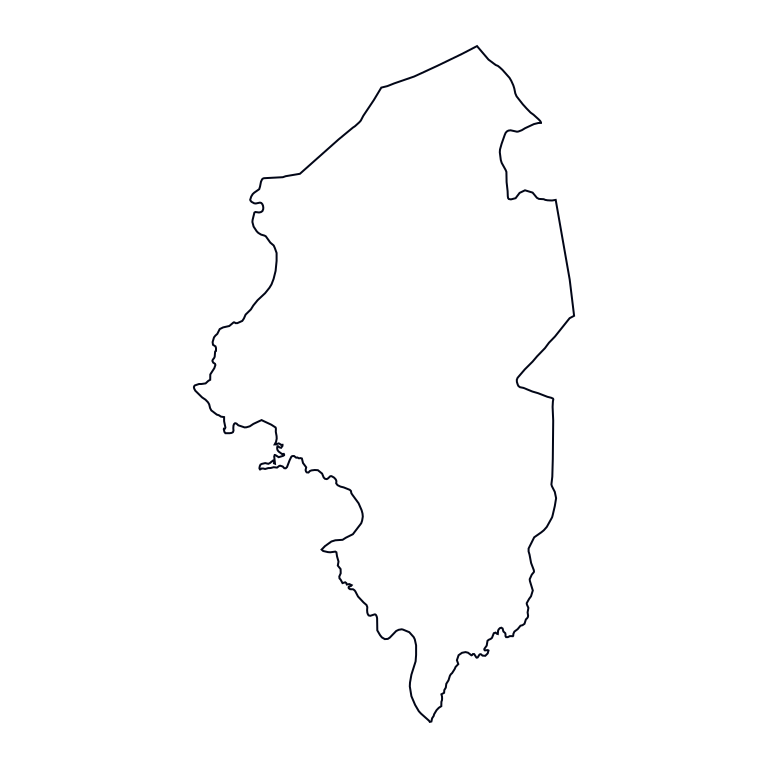 the district of Namasigue, Choluteca, Honduras
{"feature_id": "27666195B26128912402199", "entity_name": "Namasigue", "entity_type": "district", "adm_level": 2, "iso_a3": "HND", "parent_name": "Honduras", "parent_adm1": "Choluteca", "projection": "natural_earth1", "projection_center": [-87.151, 13.15], "detail": "fine", "context": "isolated", "style": "outline", "palette": "ink", "viewbox_px": 768, "rotation_deg": 0, "n_neighbors": 0, "source": "geoboundaries", "source_scale": "gbopen_adm2", "svg_char_len": 6109}
<svg xmlns="http://www.w3.org/2000/svg" viewBox="0 0 768 768"><path d="M429.8,721.9L431.4,721.5L432.1,718.3L433.7,715.9L434.1,714.3L436.6,710.1L438.8,707.8L441.3,706.2L441.4,701.8L442.0,700.1L442.1,698.4L442.0,696.4L441.4,694.3L444.1,692.8L444.3,690.1L445.8,687.6L446.3,683.8L448.5,680.3L449.9,675.8L450.8,674.3L452.1,673.1L454.7,669.0L455.6,666.9L458.3,664.1L456.9,660.2L458.6,655.2L462.0,652.8L465.5,652.1L468.0,652.7L471.4,655.3L472.0,655.1L473.0,654.0L474.2,654.1L476.3,657.4L476.8,657.7L477.7,657.4L479.4,654.7L480.2,654.2L481.0,654.3L482.5,655.6L485.3,655.8L487.7,653.4L488.5,650.5L487.8,650.1L484.9,650.4L484.3,649.7L484.4,648.8L486.7,645.6L487.5,640.8L488.7,639.8L490.7,638.9L492.0,637.8L493.8,633.2L495.6,632.6L496.8,633.7L497.8,634.0L498.1,630.7L498.6,629.5L499.8,628.2L501.3,627.7L502.6,628.5L503.4,631.5L505.2,633.1L505.5,634.2L505.5,636.1L506.1,637.1L507.9,637.1L509.9,636.1L512.9,636.2L513.2,635.8L513.4,633.8L514.4,631.6L517.7,629.1L520.5,625.7L522.5,625.2L524.5,623.8L525.9,619.4L527.1,618.3L527.9,617.0L528.1,615.7L527.6,612.4L528.4,607.9L526.9,604.5L526.7,603.2L529.1,598.9L531.0,596.3L532.8,590.5L529.9,581.0L529.7,579.2L531.8,574.6L533.8,572.2L534.0,571.5L533.8,570.1L531.1,563.0L529.5,554.5L528.6,551.5L528.6,548.5L534.2,537.3L541.2,532.4L543.8,530.3L546.8,526.9L549.4,522.2L552.1,517.3L552.7,515.1L554.8,506.1L556.1,498.2L554.8,491.9L551.9,486.2L551.4,484.4L552.3,476.7L552.8,459.0L553.2,420.6L552.6,406.9L552.9,401.5L553.3,399.3L553.0,398.6L551.3,397.8L547.4,396.8L538.1,393.2L532.3,391.5L523.5,387.9L520.0,387.2L518.5,386.1L517.8,384.8L516.9,382.0L516.8,379.8L517.6,377.8L524.8,369.4L532.6,361.6L537.1,356.3L545.0,348.1L549.0,342.7L555.0,336.5L569.6,318.2L574.1,315.8L569.7,279.6L555.7,199.9L552.0,200.5L547.7,200.3L545.3,199.9L543.7,199.2L538.9,198.9L536.9,197.8L532.6,192.6L525.0,190.3L519.6,192.9L515.6,198.2L510.9,199.4L508.8,199.0L508.1,198.1L507.8,196.3L507.6,191.1L506.6,182.1L506.4,171.9L505.7,170.1L501.7,162.9L500.8,160.0L499.8,152.3L500.0,149.5L501.6,143.8L504.7,135.0L505.6,132.9L506.8,131.5L508.4,130.6L510.6,130.3L517.0,131.7L518.4,131.5L521.8,130.2L525.1,128.2L533.9,124.1L538.3,123.0L541.0,122.9L541.0,122.4L540.2,121.0L538.8,119.5L533.5,114.7L530.6,112.6L526.5,108.4L522.8,104.3L516.6,96.4L515.3,93.4L514.3,88.5L513.3,85.3L511.2,80.7L509.5,77.8L502.4,69.8L499.9,67.5L497.9,65.9L495.7,65.0L488.5,59.6L477.0,46.1L462.0,53.9L437.4,65.8L414.2,76.5L394.2,83.4L387.4,86.1L381.3,87.6L373.8,100.1L363.3,115.8L360.8,120.6L359.3,122.3L355.0,126.2L352.9,127.6L338.5,139.5L299.9,173.8L285.7,176.2L282.8,177.2L264.0,178.2L262.9,178.6L262.1,179.3L261.0,181.7L260.0,186.7L259.2,189.2L254.2,192.7L252.7,194.1L251.2,196.6L250.2,199.8L250.5,200.6L251.5,201.8L254.2,203.3L255.8,203.5L260.0,202.6L261.3,203.0L262.3,204.1L263.0,205.7L263.3,207.6L263.2,209.2L262.4,211.1L260.9,212.1L259.0,212.5L255.4,212.0L254.4,212.6L252.6,219.9L252.4,222.0L253.6,226.6L256.7,231.3L258.3,232.9L261.1,234.6L264.5,235.6L265.8,236.3L270.3,242.6L273.7,245.5L274.9,248.2L276.6,253.0L276.6,260.9L275.6,270.9L273.6,278.9L271.5,284.4L269.5,287.7L265.1,293.2L257.6,300.2L253.3,305.5L250.9,309.4L245.6,314.6L243.9,318.5L242.3,320.9L237.4,323.1L235.5,323.1L234.5,322.4L233.6,322.4L229.3,326.0L223.1,327.4L219.7,329.1L217.3,333.9L215.4,335.6L214.0,337.4L212.6,342.1L213.0,344.8L215.5,346.4L216.0,348.0L216.0,350.9L215.4,351.2L215.1,351.8L214.7,356.7L214.2,357.9L212.8,359.7L212.4,360.9L213.2,362.6L215.0,363.8L215.4,365.0L214.3,368.2L210.3,374.4L210.2,379.8L208.4,380.8L205.6,383.4L201.4,384.0L199.0,384.0L194.9,385.4L194.2,386.2L193.9,387.1L194.2,388.6L195.3,390.7L202.1,397.4L205.5,399.7L208.0,402.3L209.2,404.4L210.1,408.1L211.3,410.4L216.8,414.6L219.0,415.3L220.9,416.6L224.1,417.1L224.1,421.2L225.4,427.5L225.0,428.6L224.5,429.0L223.9,428.8L223.8,429.2L224.4,431.9L225.4,433.2L229.7,433.2L231.6,432.9L232.9,432.2L233.5,430.7L233.3,428.1L233.5,425.5L234.1,424.0L235.1,423.2L236.5,423.6L238.3,425.3L244.6,427.4L246.3,427.3L249.8,426.3L253.4,423.9L261.5,420.1L271.3,424.7L275.6,427.5L275.9,428.7L275.8,431.8L276.6,436.2L276.7,438.7L276.0,442.0L274.7,444.4L275.8,444.4L278.6,443.4L279.5,443.7L280.9,444.8L282.5,444.8L282.5,445.9L281.1,447.8L279.5,447.4L278.0,446.2L277.5,446.2L277.2,447.3L277.2,448.9L277.6,450.2L278.6,451.5L282.0,454.0L283.8,453.9L284.1,454.4L284.1,455.2L283.2,455.8L278.7,457.2L275.4,455.1L274.7,455.0L274.2,456.5L275.0,463.7L274.0,463.3L274.3,461.7L273.6,461.4L273.0,460.6L269.8,463.1L268.3,463.8L265.2,463.1L261.8,463.9L260.5,464.6L259.8,466.1L259.4,468.2L259.9,469.4L260.4,469.4L261.6,468.5L263.3,468.5L265.1,469.0L268.2,468.1L270.7,468.0L273.7,467.2L277.0,467.6L279.3,465.9L280.1,465.7L282.7,466.5L284.3,468.2L285.7,468.3L287.0,467.1L289.6,460.3L291.3,456.8L292.2,456.1L294.0,456.0L296.2,457.7L297.4,457.5L298.9,458.3L300.6,458.1L301.9,458.5L303.0,463.0L306.2,467.3L305.6,470.0L306.0,471.5L306.8,472.4L308.5,472.5L309.9,471.0L311.5,470.4L314.8,470.0L317.9,470.2L322.1,473.6L323.7,477.5L325.0,478.8L326.8,479.1L327.9,478.5L330.2,476.3L331.1,476.1L332.2,476.5L334.2,477.7L335.8,479.5L336.4,481.1L336.2,483.4L337.6,485.2L340.5,486.6L343.7,487.4L349.7,489.8L350.9,490.9L351.4,493.3L352.4,494.8L358.6,503.3L361.6,510.2L362.5,513.5L362.8,516.6L362.1,520.7L361.2,523.3L352.9,534.2L345.9,537.7L342.6,539.8L335.3,540.3L331.4,541.5L325.0,546.1L321.6,549.6L323.2,551.0L327.9,552.1L330.3,552.3L335.3,551.6L336.4,552.3L337.0,556.2L338.5,561.6L337.8,565.6L340.6,569.1L340.7,573.3L339.3,576.5L339.5,578.4L340.6,579.6L342.5,583.1L345.2,582.3L346.3,583.1L346.8,584.5L349.4,584.1L351.7,585.2L351.1,585.9L348.8,586.8L348.6,587.4L348.8,588.3L350.1,589.2L353.1,589.3L354.4,590.2L355.3,591.3L358.0,596.5L363.5,602.4L366.5,605.0L367.3,607.1L367.1,610.2L367.3,612.6L367.8,614.1L368.6,615.4L370.3,615.8L374.6,614.4L375.4,614.5L376.1,615.2L376.8,616.8L377.1,618.3L377.3,630.4L380.1,635.2L381.9,637.4L384.8,639.1L387.8,638.9L389.8,637.6L396.2,631.0L398.7,629.8L401.7,629.3L403.0,629.6L409.3,632.2L413.7,637.1L414.8,639.4L416.1,645.4L416.1,654.9L415.6,661.4L411.4,674.7L410.0,682.6L409.8,686.4L411.4,696.2L415.1,704.9L418.8,711.2L421.0,713.6L429.0,720.7L429.8,721.9Z" fill="none" stroke="#020617" stroke-width="2"/></svg>